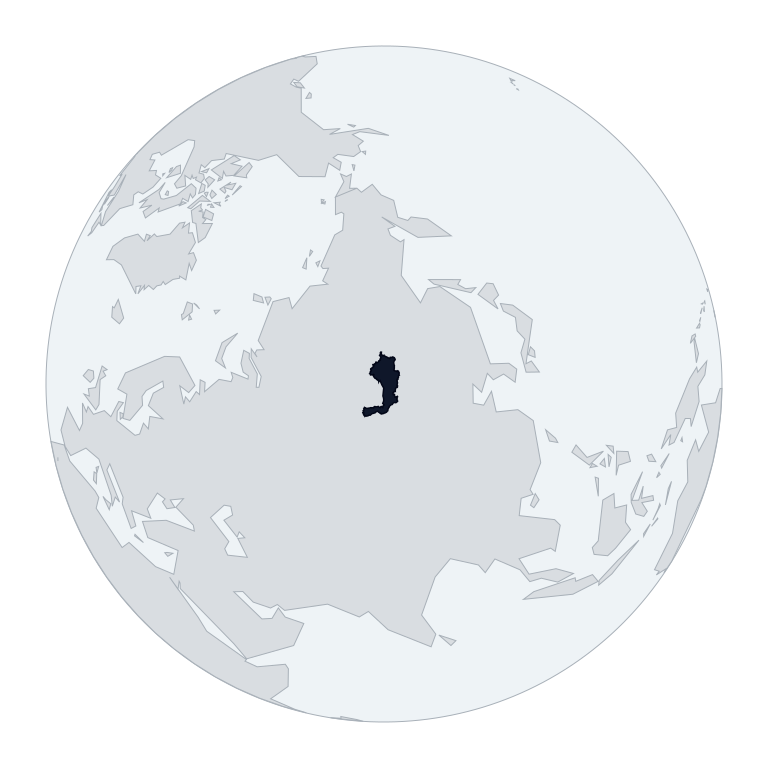 globe centered on Buryat, rotated 309°
{"feature_id": "RUS-2606", "entity_name": "Buryat", "entity_type": "Republic", "adm_level": 1, "iso_a3": "RUS", "parent_name": "Russia", "parent_adm1": "", "projection": "orthographic", "projection_center": [108.984, 53.605], "detail": "fine", "context": "on_globe", "style": "filled", "palette": "ink", "viewbox_px": 768, "rotation_deg": 309, "n_neighbors": 0, "source": "natural_earth", "source_scale": "10m", "svg_char_len": 17534}
<svg xmlns="http://www.w3.org/2000/svg" viewBox="0 0 768 768"><g transform="rotate(309 384 384)"><circle cx="384" cy="384" r="338" fill="#eef3f6" stroke="#a8b0b8"/><path d="M577.5,106.9L582.6,111.4L581.3,109.7L590.0,116.1L587.0,113.8L588.7,117.1L595.8,125.0L590.8,130.6L565.5,127.1L564.2,122.0L558.3,122.4L559.5,129.1L561.8,133.5L543.1,148.7L543.6,177.0L555.0,189.3L543.7,184.6L572.8,210.9L580.3,231.4L564.9,206.4L558.0,202.5L559.7,215.1L553.0,213.9L549.9,219.6L541.7,217.3L533.4,203.6L527.9,202.1L529.4,211.2L522.2,215.1L520.8,201.9L508.0,207.7L491.7,187.3L494.7,156.3L478.8,145.7L463.8,116.3L458.3,118.3L449.1,109.4L439.4,108.6L439.4,104.0L431.6,107.4L433.5,111.8L430.7,115.0L425.1,115.1L424.1,109.0L426.8,108.1L423.6,106.4L425.5,103.4L421.4,105.0L420.8,98.0L413.1,105.2L405.8,99.8L407.7,95.2L418.2,95.4L448.8,87.2L454.0,83.7L450.6,78.0L421.7,67.0L422.9,63.7L416.7,59.4L411.1,60.9L413.9,65.0L401.9,67.4L406.8,72.8L402.7,74.8L403.4,81.1L391.7,80.6L379.9,77.0L378.7,72.0L373.5,70.5L365.3,76.0L354.0,68.3L330.8,66.4L329.2,64.7L342.8,59.1L366.6,56.4L384.4,51.7L361.1,55.5L357.4,52.3L351.8,52.3L345.2,53.3L342.0,55.0L338.3,54.4L359.9,49.7L363.6,50.1L356.7,51.4L367.9,50.4L382.4,48.4L379.4,47.5L404.5,47.2L402.7,46.8L407.1,46.9L408.4,47.4L407.0,46.9L432.9,49.6L458.6,54.4L483.9,61.2L508.5,69.9L532.4,80.4L555.5,92.8L577.5,106.9ZM702.3,295.1L699.7,291.6L700.7,289.3L702.3,295.1ZM698.5,292.6L699.4,293.1L698.7,293.3L698.5,292.6ZM698.3,294.8L698.5,293.2L698.6,295.5L698.3,294.8ZM698.4,298.4L698.2,296.2L698.4,296.7L698.4,298.4ZM697.5,302.4L697.1,303.3L696.7,300.9L697.5,302.4ZM563.9,135.9L560.3,129.4L561.6,124.1L565.4,129.4L563.9,135.9ZM560.4,147.3L556.8,143.6L563.7,142.6L563.6,145.0L560.4,147.3ZM564.6,198.8L562.9,192.2L566.9,199.1L564.6,198.8ZM550.9,220.8L553.5,223.2L550.8,225.1L550.9,220.8ZM409.7,81.0L406.6,81.0L408.1,79.8L409.7,81.0ZM413.0,83.8L417.0,82.5L419.1,83.6L416.6,84.4L413.0,83.8ZM535.8,223.7L530.7,226.5L534.5,221.2L535.8,223.7ZM407.6,85.3L422.4,85.9L426.0,88.1L419.6,93.2L407.6,85.3ZM526.7,226.5L514.4,234.1L519.1,239.7L498.7,228.6L516.0,225.5L519.9,218.0L521.6,224.2L526.7,226.5ZM436.5,113.2L434.2,108.5L441.2,112.4L436.5,113.2ZM441.7,115.1L467.2,123.8L467.8,131.3L459.1,126.6L463.9,136.6L451.6,135.9L446.2,130.3L448.3,125.5L442.0,129.0L441.7,115.1ZM489.4,221.6L485.2,221.6L488.0,219.0L489.4,221.6ZM430.1,116.6L435.2,117.5L436.1,123.9L426.0,123.3L428.9,121.4L430.1,116.6ZM471.2,139.8L470.0,144.8L459.8,145.5L457.9,147.6L451.4,136.6L471.2,139.8ZM425.9,120.0L420.8,122.9L415.4,120.1L425.2,116.2L425.9,120.0ZM440.5,126.0L440.4,129.1L437.2,127.1L440.5,126.0ZM393.1,112.5L399.2,113.0L400.2,116.3L393.1,112.5ZM419.3,124.2L421.2,125.2L422.3,126.7L417.9,128.1L419.3,124.2ZM444.6,138.0L440.5,137.4L446.7,142.5L439.3,143.6L436.2,136.2L434.4,139.8L432.1,140.2L432.2,133.8L444.6,138.0ZM416.6,134.1L410.2,125.6L398.6,123.6L397.5,120.5L416.3,124.2L416.6,134.1ZM425.8,134.4L419.8,133.4L421.4,129.8L426.4,128.3L425.8,134.4ZM435.3,147.1L447.5,147.4L447.8,149.0L435.3,147.1ZM412.9,134.1L414.6,136.2L411.9,134.4L412.9,134.1ZM428.1,143.8L432.4,143.6L432.5,145.5L428.1,143.8ZM414.2,140.7L412.2,137.9L415.5,136.7L414.2,140.7ZM420.3,142.7L419.5,145.4L417.9,137.9L422.2,142.3L420.3,142.7ZM427.5,145.6L429.0,146.7L425.7,145.5L427.5,145.6ZM402.7,147.3L400.0,138.3L407.4,135.5L409.0,144.5L402.7,147.3ZM129.8,161.4L135.3,173.8L126.4,188.3L119.0,226.8L116.3,233.8L106.3,238.5L92.1,283.4L100.4,285.5L98.3,321.4L103.8,340.4L125.0,328.8L116.0,297.1L125.2,282.8L141.0,300.5L150.4,329.2L154.3,324.6L157.3,299.8L168.7,300.3L159.4,290.9L156.4,299.2L150.5,293.8L153.0,286.0L156.9,286.2L156.6,276.5L138.0,278.6L132.9,287.3L126.6,267.6L117.5,280.5L112.6,278.4L126.1,256.0L131.8,252.5L149.4,221.1L142.8,222.7L125.8,252.8L127.0,246.3L118.0,249.8L125.8,242.0L146.2,209.7L146.6,192.7L131.2,185.6L134.8,175.5L145.0,161.9L166.7,152.7L156.2,176.6L163.7,174.6L179.5,161.6L175.0,170.3L180.2,168.2L177.6,177.3L187.3,183.4L186.7,192.3L203.5,188.9L205.5,193.2L195.0,193.8L187.4,199.4L187.4,222.8L191.3,225.6L202.2,221.7L200.8,229.1L211.4,222.4L217.8,234.2L218.9,214.5L231.7,210.5L242.7,214.9L247.1,210.3L229.3,203.3L222.0,203.8L215.5,209.8L195.8,209.4L193.0,202.8L214.3,190.6L212.6,180.2L229.9,176.1L267.4,196.1L276.4,208.2L263.9,238.0L254.4,237.6L254.1,226.4L242.4,241.1L249.1,237.8L247.9,244.2L259.9,242.8L259.7,247.3L271.6,238.5L272.7,243.9L265.1,249.4L283.8,252.9L289.6,263.7L293.9,262.4L296.9,257.9L302.2,275.2L305.1,273.5L304.6,267.1L310.1,259.8L321.9,253.8L323.1,260.1L319.0,263.1L312.1,279.2L301.0,286.8L302.7,288.9L312.6,283.8L321.0,264.0L327.8,258.7L325.1,268.3L326.6,264.4L330.4,263.7L335.2,269.2L338.6,258.9L378.2,245.9L391.4,255.8L384.7,265.2L413.5,264.9L426.2,277.5L425.6,271.4L439.1,268.0L435.3,263.9L436.0,260.8L468.9,251.9L477.5,255.1L491.0,245.7L490.7,242.8L485.1,239.7L498.7,228.6L519.1,239.7L518.8,245.8L531.8,249.2L529.1,262.7L532.8,276.0L522.2,289.8L526.1,299.6L530.8,299.9L539.6,314.0L541.5,343.1L519.3,318.1L512.4,277.1L513.4,293.3L507.0,289.5L503.6,295.4L504.8,307.3L508.8,308.7L479.2,329.1L470.0,361.3L485.6,357.9L494.9,366.1L498.0,403.0L466.6,454.0L478.7,468.0L479.1,477.8L467.9,484.8L467.0,470.7L456.1,466.3L457.3,457.6L439.0,465.1L439.9,453.1L425.2,465.4L430.3,474.8L446.0,472.1L432.9,488.8L448.3,504.2L449.5,523.0L421.5,555.3L393.9,564.0L392.1,569.3L381.5,562.5L366.8,571.9L386.0,602.0L385.2,609.8L361.7,622.4L361.3,616.8L333.2,598.9L327.5,616.4L348.7,633.9L356.0,650.5L339.4,643.7L332.1,628.5L322.2,621.7L325.2,606.6L317.8,580.3L301.1,581.4L302.8,571.3L290.0,545.5L266.2,545.2L228.1,558.6L222.2,581.7L209.4,586.0L195.6,541.8L197.4,515.0L187.4,511.4L177.4,478.7L145.5,449.2L145.5,439.9L138.5,436.8L132.2,419.6L133.9,404.9L128.0,398.0L124.6,437.0L131.4,444.5L143.5,442.8L140.7,453.9L147.4,472.4L123.9,478.4L84.0,450.2L87.7,430.7L96.8,354.4L100.8,350.9L101.2,350.3L101.8,348.9L94.8,353.1L98.9,339.0L85.8,386.3L80.3,401.8L83.3,450.5L81.1,450.4L84.4,463.4L104.1,483.7L102.5,488.9L88.6,499.8L68.0,494.0L75.1,519.4L79.6,530.6L69.7,508.0L61.5,484.8L55.0,461.0L50.2,436.8L47.3,412.3L46.1,387.7L46.7,363.0L49.2,338.5L53.4,314.2L59.4,290.2L67.1,266.8L76.5,244.0L87.5,221.9L100.1,200.7L114.2,180.5L129.8,161.4ZM121.8,176.7L118.9,179.1L121.8,176.7ZM152.6,370.2L163.3,386.9L172.0,367.6L176.9,372.6L178.0,364.5L172.6,366.2L177.4,345.3L186.9,348.8L192.5,341.9L189.2,336.0L171.0,333.2L163.9,362.6L155.7,363.9L152.6,370.2ZM356.1,52.6L354.3,52.9L347.6,53.6L350.7,52.7L356.1,52.6ZM317.7,61.7L312.5,60.6L318.4,60.5L321.8,58.6L338.5,56.6L329.2,63.8L330.4,60.7L317.7,61.7ZM358.1,56.7L348.6,56.7L359.4,56.5L358.1,56.7ZM211.2,150.0L205.9,154.9L200.4,154.6L201.2,145.0L209.2,145.1L211.2,150.0ZM199.7,162.1L220.6,153.6L220.9,159.8L217.2,157.6L215.3,162.6L208.8,160.6L188.7,175.4L182.5,176.3L187.4,157.1L189.2,162.6L194.3,157.2L199.7,162.1ZM273.4,126.4L282.5,124.3L271.4,140.2L264.3,140.5L264.6,130.4L273.3,124.3L273.4,126.4ZM393.5,94.8L397.7,94.0L398.0,95.5L394.6,97.5L393.5,94.8ZM395.9,112.4L375.5,100.2L379.3,98.5L362.9,94.1L366.4,88.2L376.9,91.1L367.3,83.7L378.2,83.9L370.6,79.5L393.6,86.7L403.0,87.1L391.2,88.8L387.7,94.1L389.1,96.5L399.8,104.0L418.4,108.2L417.9,114.7L412.6,118.2L408.1,118.1L409.8,113.8L402.5,116.9L401.6,110.7L395.9,112.4ZM351.1,163.1L355.1,156.7L340.2,164.5L339.2,157.2L337.6,158.6L332.5,154.2L323.6,151.4L324.7,147.9L320.7,148.4L317.3,145.7L312.3,145.3L312.5,139.1L306.3,138.2L309.9,135.8L299.2,136.0L307.3,133.2L303.7,129.9L297.8,134.4L311.3,105.0L310.7,95.8L305.9,90.1L320.4,86.7L334.2,90.4L345.6,98.4L344.1,108.0L350.9,105.1L352.2,109.0L346.2,109.7L356.1,111.1L355.6,114.6L365.8,123.4L380.4,123.9L384.5,127.5L378.5,129.1L386.8,131.5L378.2,137.1L381.0,139.9L375.3,148.4L362.1,150.3L366.2,153.3L362.1,160.3L351.1,163.1ZM400.7,149.6L385.3,152.9L377.1,150.7L390.4,136.8L389.1,133.6L397.4,125.2L409.0,128.7L405.6,130.7L405.0,133.5L401.6,131.3L403.9,135.2L399.2,138.2L399.7,142.1L394.5,142.0L400.7,149.6ZM119.8,236.3L119.0,240.9L119.0,247.0L113.4,249.6L119.8,236.3ZM133.3,214.0L133.5,217.2L125.5,223.2L126.5,218.7L133.3,214.0ZM140.4,214.1L134.1,216.9L138.0,212.7L140.4,214.1ZM195.8,196.7L196.8,200.1L194.3,201.7L190.6,201.3L195.8,196.7ZM306.9,186.8L310.5,182.9L312.4,183.7L324.0,179.5L325.7,184.9L319.3,189.5L306.9,186.8ZM119.6,326.5L114.0,324.4L114.9,319.8L116.6,321.4L119.6,326.5ZM110.5,285.1L109.4,296.8L109.0,285.7L110.5,285.1ZM310.7,191.9L315.2,189.5L313.3,193.7L310.7,191.9ZM327.5,188.7L326.3,193.4L327.2,185.1L327.5,188.7ZM92.3,554.7L91.0,552.3L97.2,561.0L98.4,559.7L106.0,573.8L108.8,580.1L92.3,554.7ZM441.8,681.5L452.0,681.0L451.6,681.7L441.8,681.5ZM431.1,679.9L442.8,679.0L429.0,681.7L431.1,679.9ZM447.4,678.6L459.3,675.6L464.5,673.6L463.5,675.3L447.4,678.6ZM423.1,680.4L379.9,680.6L362.8,677.4L366.8,674.8L394.4,676.7L423.1,680.4ZM365.4,674.6L339.5,663.1L304.4,627.9L316.9,631.1L353.7,654.5L351.3,657.2L367.1,666.0L365.4,674.6ZM428.5,658.7L426.0,667.3L402.1,667.3L391.3,665.9L383.8,654.5L388.0,648.8L396.9,649.2L431.5,627.1L443.6,631.6L432.9,641.4L442.7,648.7L428.5,658.7ZM223.4,584.6L229.8,601.4L222.9,600.6L223.4,584.6ZM445.7,610.0L431.6,621.2L444.5,606.7L445.7,610.0ZM453.4,596.0L454.2,601.4L448.6,596.7L453.4,596.0ZM391.6,577.4L382.2,578.3L382.0,574.1L394.0,570.5L391.6,577.4ZM450.2,538.4L449.8,551.4L447.9,555.9L443.8,548.5L450.2,538.4ZM331.5,238.3L313.5,237.8L301.7,241.8L296.7,250.7L296.0,238.4L314.2,232.1L331.5,238.3ZM372.3,244.1L376.5,236.9L379.8,240.5L379.3,242.7L372.3,244.1ZM371.2,239.4L366.7,229.8L372.4,226.1L374.8,234.4L371.2,239.4ZM338.0,209.8L332.5,209.1L334.3,205.6L338.0,209.8ZM507.3,698.6L505.6,699.2L493.5,703.3L427.5,719.1L413.4,720.4L417.9,719.4L407.0,715.8L411.7,715.7L409.9,711.1L449.5,702.2L478.1,685.8L499.1,681.7L515.5,667.7L536.7,661.3L529.7,671.0L550.9,666.6L567.4,643.9L578.1,653.5L592.0,648.1L593.2,649.4L573.2,664.0L552.1,677.1L530.1,688.7L507.3,698.6ZM647.2,595.9L645.8,597.6L644.1,599.3L646.6,596.5L648.8,593.9L647.2,595.9ZM660.3,576.6L661.4,575.7L660.2,577.4L660.3,576.6ZM659.3,577.7L661.3,574.5L660.7,576.0L659.3,577.7ZM648.1,583.5L649.8,580.9L650.5,580.9L648.1,583.5ZM467.1,678.8L481.5,670.8L489.3,668.7L467.1,678.8ZM645.9,583.8L641.6,587.6L642.2,586.2L645.9,583.8ZM646.4,581.2L646.0,580.2L648.4,581.1L646.4,581.2ZM638.4,585.2L643.5,583.3L637.8,586.0L638.4,585.2ZM635.2,588.2L631.4,590.1L631.7,589.4L635.2,588.2ZM590.6,620.4L605.0,620.4L593.0,627.6L579.7,629.4L568.7,639.9L544.2,649.5L550.0,643.9L546.8,639.8L521.1,646.2L515.9,643.9L525.2,638.7L508.0,640.3L526.8,633.2L534.4,638.8L544.9,629.0L563.0,623.5L580.3,618.2L593.9,616.4L590.6,620.4ZM526.7,650.3L529.9,649.3L527.0,652.4L526.7,650.3ZM624.2,591.7L629.7,591.0L629.0,592.4L626.2,593.9L624.2,591.7ZM597.1,613.4L611.9,598.4L615.3,596.3L605.5,609.3L597.1,613.4ZM608.4,596.5L615.2,593.1L618.7,594.3L617.3,596.2L608.4,596.5ZM488.4,653.2L487.6,655.5L482.7,654.8L488.4,653.2ZM494.7,650.6L509.5,649.4L493.4,652.7L494.7,650.6ZM449.6,650.0L454.0,655.0L467.8,649.7L457.2,656.1L466.5,663.2L463.3,666.7L454.1,659.0L450.8,668.7L444.6,669.2L441.4,661.5L447.6,650.6L453.7,645.5L478.6,640.1L449.6,650.0ZM494.7,644.1L490.7,638.5L493.7,633.5L497.9,636.1L494.7,644.1ZM479.0,624.2L468.5,617.4L459.1,621.9L478.2,607.1L485.1,616.2L479.0,624.2ZM470.0,606.7L461.2,611.0L470.3,602.5L470.0,606.7ZM458.9,608.3L457.8,602.1L464.8,602.1L458.9,608.3ZM474.7,606.3L476.3,595.4L479.9,601.2L474.7,606.3ZM454.7,588.0L469.9,596.8L450.2,594.6L449.2,572.9L457.5,571.6L454.7,588.0ZM499.8,484.7L497.6,477.7L505.1,474.4L504.5,480.1L499.8,484.7ZM527.4,458.7L506.4,471.2L489.1,481.6L494.6,484.0L491.1,497.2L482.6,487.0L494.4,470.8L507.5,465.3L509.1,454.0L518.5,444.2L515.8,430.9L519.8,423.8L526.3,434.4L527.4,458.7ZM514.1,425.4L512.8,400.6L527.1,400.3L530.6,405.7L525.2,417.1L517.9,416.5L514.1,425.4ZM516.7,394.7L509.7,394.1L493.1,360.0L493.2,352.9L513.3,377.8L507.8,378.7L509.4,387.4L516.7,394.7ZM486.7,224.8L485.3,221.9L488.9,223.7L486.7,224.8ZM433.6,258.7L435.3,254.8L439.4,256.7L433.6,258.7ZM442.1,245.2L436.2,245.7L441.9,242.5L442.1,245.2ZM423.2,247.5L433.6,244.6L424.3,251.2L423.2,247.5Z" fill="#d9dde1" stroke="#a8b0b8" stroke-width="1"/><path d="M351.3,393.0L351.0,392.8L350.4,392.0L349.0,391.5L348.8,391.1L348.0,390.6L347.8,390.2L347.8,389.8L347.4,389.7L347.5,389.4L347.4,389.2L347.2,389.1L346.9,389.2L347.1,388.6L347.0,388.3L347.3,388.1L347.4,387.8L347.7,387.8L347.8,387.7L347.7,387.5L347.7,387.3L348.2,387.0L348.4,386.2L348.1,386.2L348.5,385.5L349.3,386.0L349.6,385.4L349.9,385.2L350.1,385.0L350.0,384.8L350.1,384.6L350.7,384.7L351.3,384.7L351.6,384.4L352.0,384.3L351.9,384.0L352.0,383.8L352.7,383.8L353.1,383.7L353.4,383.5L353.5,383.5L353.5,383.9L353.8,384.4L353.8,384.6L353.6,384.8L353.7,385.1L354.1,385.7L354.4,386.2L355.0,386.8L355.1,387.1L355.7,387.3L356.0,387.7L356.3,387.9L356.6,388.2L357.1,388.4L357.2,388.7L357.9,389.4L357.8,389.7L358.0,389.8L358.6,390.3L358.5,390.5L358.7,390.9L359.0,391.0L359.2,390.7L359.5,390.7L360.0,391.0L360.3,390.8L360.5,391.0L360.8,391.1L360.8,391.5L361.0,391.8L361.5,392.5L362.0,393.1L362.5,393.3L362.6,393.5L363.0,393.7L363.0,393.9L362.9,394.2L362.9,394.6L362.8,394.9L363.0,395.2L363.0,395.5L363.2,396.0L364.2,395.8L364.6,395.9L365.0,396.3L364.9,397.9L365.4,397.7L365.6,397.4L366.0,397.4L366.4,397.1L367.4,397.0L367.9,397.3L368.1,396.9L368.1,396.5L368.0,396.3L368.1,395.2L369.9,394.7L371.2,394.0L372.3,393.0L373.2,391.9L374.0,390.7L380.7,386.3L382.0,382.9L384.2,378.8L382.9,378.4L382.5,378.5L382.8,378.2L382.9,377.9L383.0,377.7L383.1,376.6L383.0,376.4L383.3,376.2L383.1,375.9L383.0,375.4L383.2,375.2L383.3,374.8L383.3,374.6L383.3,374.4L383.1,374.3L383.0,374.1L382.9,374.0L382.9,373.4L382.8,373.1L383.0,372.7L383.0,372.4L383.0,372.2L383.3,372.1L383.4,371.5L383.4,371.2L383.6,370.7L384.0,370.2L384.7,370.4L384.9,370.2L384.8,369.9L384.6,370.0L384.4,369.8L384.0,369.6L384.0,369.4L383.8,369.3L383.8,369.0L383.5,368.5L382.7,368.2L382.6,367.8L382.7,367.7L382.9,367.4L382.9,367.2L383.1,366.9L383.2,366.7L383.1,366.4L383.8,366.4L384.0,366.1L384.4,366.0L384.5,365.9L384.7,366.0L385.1,365.9L385.4,365.5L385.8,365.5L386.2,365.8L386.5,365.7L386.9,365.2L386.9,364.6L387.0,364.4L387.2,364.2L387.5,364.1L388.0,364.4L388.4,364.3L388.8,364.6L389.0,364.6L389.0,364.8L389.4,364.9L389.7,364.7L390.1,364.9L390.5,364.7L391.0,365.0L391.3,364.6L391.7,364.4L391.6,364.1L391.7,363.8L391.9,363.2L392.3,363.2L392.4,363.3L392.5,363.8L392.8,363.9L393.1,364.3L393.4,364.1L394.1,364.1L394.5,364.5L395.2,364.5L395.5,364.1L395.8,363.9L396.1,364.1L396.0,364.5L396.2,365.1L396.6,365.3L396.7,365.5L398.2,365.8L398.7,365.4L399.6,365.8L399.8,366.1L400.0,366.2L400.3,366.1L400.3,365.9L400.5,365.7L400.7,365.3L401.2,365.2L401.7,365.3L401.9,365.2L402.2,365.1L402.7,365.0L402.9,364.6L402.9,364.2L403.4,363.2L403.5,362.5L404.7,362.5L405.2,362.2L405.4,362.2L405.9,361.5L406.8,361.4L407.1,361.9L406.9,362.0L406.6,362.4L405.8,362.8L405.6,363.2L405.3,363.4L405.2,363.6L405.3,364.4L405.2,364.7L404.8,364.9L404.9,365.2L405.7,365.3L405.7,365.8L406.2,366.1L405.8,366.3L405.9,366.9L406.2,367.5L406.4,367.7L406.3,367.9L406.3,368.2L406.3,368.4L406.4,368.7L406.7,368.9L406.8,369.1L406.8,369.3L406.7,369.6L406.8,370.1L406.7,370.5L407.0,370.7L406.9,370.9L407.0,371.1L407.0,371.4L407.3,371.8L407.2,372.1L407.3,372.3L407.7,372.1L407.9,372.4L408.7,372.1L409.0,372.5L409.1,372.9L410.0,373.5L410.4,373.7L410.3,373.9L410.5,374.0L410.4,374.2L410.6,374.3L410.7,374.9L410.8,375.0L410.9,375.3L410.7,375.5L410.8,375.8L410.5,376.2L410.5,376.4L410.5,376.5L410.4,376.7L410.3,377.0L409.8,377.1L409.7,377.4L408.6,377.3L406.7,378.0L406.4,378.3L406.4,378.5L405.3,379.5L405.3,379.8L404.9,380.2L404.9,380.4L404.7,380.7L404.3,380.9L404.0,381.0L403.9,381.1L403.5,381.3L403.2,381.8L402.7,381.9L402.6,382.2L402.2,382.4L401.8,382.5L401.4,382.6L401.5,382.8L401.4,382.9L400.8,383.2L400.8,383.3L401.2,383.8L401.2,384.0L401.0,384.3L401.1,384.7L401.4,384.9L401.5,385.1L401.5,385.3L401.6,385.6L401.8,385.5L402.0,385.7L402.4,385.8L402.2,386.5L402.4,386.5L402.6,386.3L402.9,386.5L402.8,386.8L402.9,387.0L402.6,387.1L402.7,387.4L402.6,387.6L402.7,387.9L402.3,388.7L401.8,389.1L401.6,389.2L401.0,389.5L400.5,390.3L400.3,390.1L400.0,390.2L399.4,390.2L398.9,390.5L398.2,391.1L397.3,391.2L397.1,391.0L396.8,391.1L396.7,391.3L396.7,391.7L396.4,391.9L395.9,391.7L395.6,391.8L395.5,391.4L395.1,391.6L394.9,391.9L394.7,392.1L394.5,392.5L394.2,392.7L393.9,393.2L393.5,393.7L393.0,394.0L391.6,394.6L391.4,394.7L391.4,395.0L391.2,395.0L390.8,395.4L390.9,395.8L390.6,395.9L390.2,396.3L389.7,396.4L389.3,396.2L389.2,395.9L387.9,395.7L387.6,395.8L386.4,396.7L385.7,396.9L385.4,397.3L385.3,397.1L385.0,397.2L384.3,396.4L384.1,396.7L383.8,396.8L383.3,396.7L383.1,396.7L382.7,396.4L382.4,396.6L382.3,396.9L382.2,397.0L382.1,397.4L381.7,397.8L382.4,398.4L382.5,398.7L382.2,399.0L381.6,399.1L381.3,400.3L380.6,400.8L381.0,401.3L381.9,401.7L382.1,401.8L382.4,402.1L382.8,402.1L382.8,402.3L382.6,402.6L382.0,402.5L381.5,402.9L381.1,402.8L380.8,403.4L380.6,403.2L380.3,403.3L380.0,404.0L379.9,404.1L379.6,404.0L379.4,404.3L379.4,404.6L379.5,404.7L379.5,405.0L379.3,405.4L377.9,405.3L377.6,405.1L377.2,405.1L376.7,404.7L376.4,404.0L375.7,403.4L375.2,403.2L374.4,403.1L373.6,403.3L373.3,403.1L373.0,403.1L372.9,402.8L372.7,402.7L372.0,402.5L371.4,402.5L370.3,402.1L370.0,402.2L369.4,402.6L368.7,402.5L368.2,402.7L367.8,402.7L367.5,402.9L366.8,402.9L365.9,403.6L365.6,403.8L365.3,403.8L364.4,403.4L363.9,403.7L363.7,403.7L363.1,403.3L362.6,403.3L362.4,403.1L362.3,402.6L361.2,402.5L360.6,402.0L360.1,401.8L359.8,401.2L359.0,400.8L358.9,400.4L359.0,400.2L359.2,399.9L358.8,399.3L358.8,399.2L359.0,398.7L358.9,398.5L359.0,398.3L358.7,397.6L358.8,396.7L359.0,396.4L358.5,395.9L358.3,395.8L358.0,395.6L357.7,395.6L357.4,395.3L356.7,395.1L356.0,395.2L355.7,394.8L355.2,394.7L353.2,393.2L351.3,393.0Z" fill="#0f172a" stroke="#020617" stroke-width="1.5"/></g></svg>